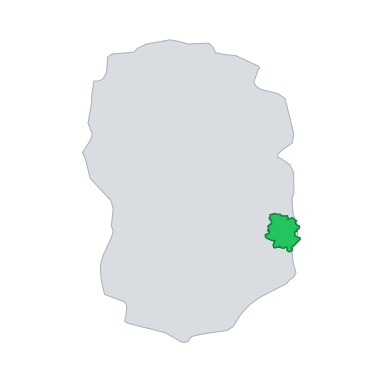 Staro Nagorichane, Staro Nagoričane, North Macedonia (highlighted), rotated 101°
{"feature_id": "65306769B92481103020830", "entity_name": "Staro Nagorichane", "entity_type": "district", "adm_level": 2, "iso_a3": "MKD", "parent_name": "North Macedonia", "parent_adm1": "Staro Nagoričane", "projection": "orthographic", "projection_center": [21.915, 42.232], "detail": "fine", "context": "in_parent", "style": "filled", "palette": "green", "viewbox_px": 384, "rotation_deg": 101, "n_neighbors": 0, "source": "geoboundaries", "source_scale": "gbopen_adm2", "svg_char_len": 3156}
<svg xmlns="http://www.w3.org/2000/svg" viewBox="0 0 384 384"><g transform="rotate(101 192 192)"><path d="M173.4,91.8L179.8,92.6L193.8,88.7L202.6,83.2L207.0,82.4L212.9,80.2L221.4,80.5L230.0,82.9L240.9,79.7L251.6,74.5L255.9,75.8L260.6,80.2L263.7,81.4L281.7,104.5L291.5,113.8L303.1,120.9L316.4,126.0L321.1,130.9L329.8,155.6L334.0,164.9L339.6,167.6L341.0,170.3L341.3,173.9L335.2,191.4L333.1,230.4L331.5,233.5L324.9,233.4L316.0,234.3L312.7,237.4L309.3,258.3L295.1,264.5L282.2,267.9L271.3,267.2L252.1,262.4L245.8,261.9L240.5,264.7L223.4,266.2L215.9,269.9L198.2,294.4L180.2,302.8L174.1,307.1L160.4,301.6L153.9,301.0L144.3,307.2L123.5,307.6L117.9,308.7L101.8,309.5L101.2,306.1L98.3,301.1L90.9,298.7L75.6,300.5L71.9,296.9L65.9,276.0L61.1,272.5L55.7,265.5L46.8,242.7L46.7,232.8L47.5,224.2L42.7,203.8L46.0,198.7L50.7,195.6L50.9,187.4L49.8,175.0L55.8,150.8L57.3,149.0L58.7,150.2L72.2,152.3L75.8,149.3L78.1,144.5L79.0,126.7L82.4,118.5L115.2,103.3L124.7,102.8L132.0,110.0L137.8,114.7L141.3,114.6L142.6,109.9L146.7,101.1L153.4,96.0L173.2,91.8L173.4,91.8Z" fill="#d9dde1" stroke="#a8b0b8" stroke-width="1"/><path d="M228.4,102.3L230.9,101.1L231.0,100.4L230.9,99.6L230.2,98.7L229.7,96.4L228.7,95.4L229.5,95.1L229.6,93.5L229.9,93.1L229.5,90.6L228.3,90.1L227.9,89.4L228.6,88.2L229.8,87.8L230.0,88.0L230.6,87.5L231.1,87.5L231.8,86.4L232.0,85.0L231.6,83.7L231.3,83.6L230.7,83.0L229.7,82.5L229.2,82.5L228.8,82.7L228.6,82.9L228.6,83.1L228.4,83.4L228.3,83.5L228.0,83.8L227.8,83.9L227.0,83.7L226.8,83.6L226.5,83.3L226.3,83.0L225.7,82.3L224.8,81.6L224.0,80.9L223.6,80.6L222.6,80.0L222.1,79.8L221.4,79.5L220.9,79.1L220.6,78.8L220.3,78.6L220.1,78.4L219.9,78.3L219.2,77.7L218.5,77.3L218.0,76.9L217.6,76.9L217.2,77.0L216.4,77.3L216.4,77.5L216.3,78.3L216.1,79.5L215.9,80.7L215.8,81.4L215.7,82.0L215.3,82.5L215.2,82.6L214.9,82.7L214.7,82.8L214.2,82.9L213.8,83.0L213.6,83.0L213.0,83.2L212.3,83.4L211.8,83.6L211.4,83.1L211.1,82.8L210.9,82.5L210.9,82.2L210.7,81.7L210.3,81.6L210.0,81.8L209.5,82.0L209.4,82.3L209.0,81.9L208.6,81.3L208.6,81.1L208.4,80.9L207.6,80.3L207.2,80.0L206.9,79.7L206.7,79.7L206.4,79.7L206.2,79.7L205.8,79.8L205.3,80.0L204.8,80.3L204.8,80.5L204.8,81.2L204.9,81.6L204.7,82.1L204.2,82.6L203.8,83.4L203.8,83.5L203.7,83.8L202.6,84.6L202.1,84.7L201.4,84.7L201.1,84.6L201.0,84.4L200.9,84.3L200.3,83.9L200.1,84.3L200.1,85.0L199.7,85.9L199.3,86.8L199.2,86.8L198.4,87.7L198.4,88.5L198.1,88.9L199.1,89.9L200.5,92.6L199.2,92.4L198.4,93.1L198.1,93.9L197.2,93.9L197.7,96.2L198.1,96.8L198.0,97.7L198.3,99.5L197.1,101.1L197.8,106.1L197.3,106.4L197.7,107.5L198.0,107.5L198.2,108.5L199.4,110.9L200.9,110.7L203.3,111.2L203.9,109.9L204.3,109.9L204.0,109.4L204.4,109.1L205.4,108.9L205.8,108.3L208.1,107.9L208.6,109.2L209.6,109.3L209.6,109.7L210.9,110.9L211.1,110.6L211.3,110.8L213.8,109.7L214.8,110.4L215.2,110.0L215.7,110.1L216.0,109.4L215.8,108.4L216.3,108.1L216.6,108.4L217.3,108.7L217.8,108.5L218.4,108.9L218.3,109.3L218.9,109.8L219.0,110.9L220.1,111.9L220.6,111.5L221.2,111.6L222.4,111.1L222.7,110.1L223.4,109.4L223.6,107.0L224.5,104.2L224.2,103.7L224.5,102.3L223.8,101.4L224.3,101.2L226.0,101.8L226.8,101.6L228.4,102.3Z" fill="#22c55e" stroke="#15803d" stroke-width="1.5"/></g></svg>